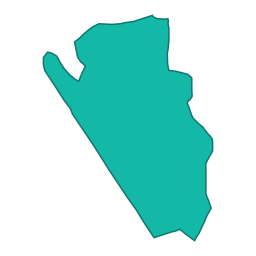 Al-Hindiya, Karbala', Iraq (Natural Earth projection)
{"feature_id": "34846034B69940766405797", "entity_name": "Al-Hindiya", "entity_type": "district", "adm_level": 2, "iso_a3": "IRQ", "parent_name": "Iraq", "parent_adm1": "Karbala'", "projection": "natural_earth1", "projection_center": [44.226, 32.466], "detail": "fine", "context": "isolated", "style": "filled", "palette": "teal", "viewbox_px": 256, "rotation_deg": 0, "n_neighbors": 0, "source": "geoboundaries", "source_scale": "gbopen_adm2", "svg_char_len": 1556}
<svg xmlns="http://www.w3.org/2000/svg" viewBox="0 0 256 256"><path d="M175.9,71.3L175.1,71.2L168.7,70.3L168.0,65.8L167.6,64.5L167.5,59.8L167.3,53.6L168.2,48.0L168.9,40.1L168.9,35.8L168.9,30.4L168.9,28.1L168.0,23.3L168.3,21.4L168.0,18.8L166.6,18.8L165.7,19.3L164.1,19.1L157.0,18.6L155.6,18.0L153.5,16.9L152.8,16.5L152.5,15.4L149.3,16.4L140.4,19.3L133.4,21.5L126.4,22.5L119.6,23.8L112.1,24.4L106.1,24.1L98.8,23.8L93.1,26.6L88.7,29.8L83.7,34.0L79.3,38.4L74.6,41.9L74.7,42.5L76.4,51.2L77.7,57.2L80.6,61.7L85.5,65.9L81.9,73.2L78.8,81.2L75.1,79.3L69.4,74.5L64.2,68.7L60.1,62.4L56.9,56.3L52.3,53.4L47.6,52.1L43.4,57.6L43.4,64.3L44.7,70.3L48.1,75.7L53.3,83.4L55.8,87.3L58.2,91.1L63.9,100.0L70.4,108.6L72.4,113.9L94.1,146.2L110.1,171.5L127.9,198.2L135.9,209.3L144.8,223.7L154.0,237.6L154.4,237.5L161.2,235.3L171.4,232.0L176.2,230.8L179.6,229.3L182.3,231.2L184.6,233.3L188.3,235.9L192.7,239.3L194.7,240.6L195.6,238.6L197.1,236.1L199.1,233.1L201.6,227.6L203.9,222.9L207.1,215.5L209.6,210.8L211.2,208.2L210.0,204.8L208.7,200.9L206.8,196.6L205.8,193.2L205.9,191.2L205.9,188.0L205.9,185.9L205.9,182.0L205.9,179.0L205.9,174.7L205.9,169.2L205.8,164.2L207.2,160.6L208.6,158.2L209.6,156.1L211.5,153.1L212.6,150.9L212.6,147.3L212.6,142.1L212.4,139.4L209.8,135.7L207.3,133.1L204.5,129.5L203.1,127.3L199.3,124.3L193.2,118.3L191.6,115.1L190.2,111.0L188.4,105.7L187.2,103.5L188.1,101.0L189.8,99.9L191.6,97.3L192.1,96.3L192.1,94.5L191.8,91.5L191.8,87.9L191.8,83.0L191.8,78.2L190.9,77.0L187.7,74.4L182.5,72.9L175.9,71.3Z" fill="#14b8a6" stroke="#0f766e" stroke-width="1.5"/></svg>